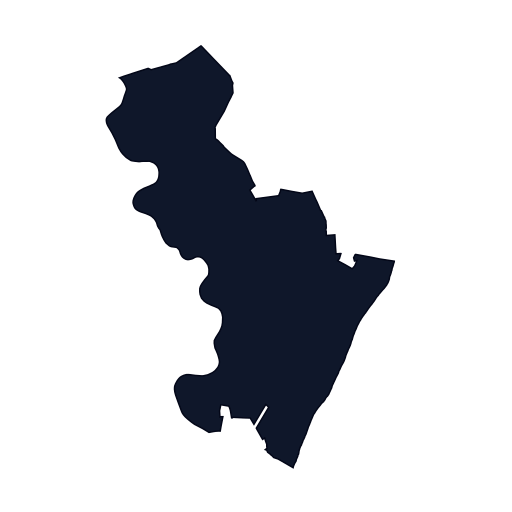 Vārves pag., Ventspils, Latvia (Albers equal-area conic projection), rotated 175°
{"feature_id": "27541924B8081849043776", "entity_name": "Vārves pag.", "entity_type": "district", "adm_level": 2, "iso_a3": "LVA", "parent_name": "Latvia", "parent_adm1": "Ventspils", "projection": "albers", "projection_center": [21.519, 57.283], "detail": "fine", "context": "isolated", "style": "filled", "palette": "ink", "viewbox_px": 512, "rotation_deg": 175, "n_neighbors": 0, "source": "geoboundaries", "source_scale": "gbopen_adm2", "svg_char_len": 6089}
<svg xmlns="http://www.w3.org/2000/svg" viewBox="0 0 512 512"><g transform="rotate(175 256 256)"><path d="M376.4,445.4L375.5,444.7L374.6,443.7L373.0,441.3L372.2,439.8L371.0,436.8L370.6,435.4L370.4,434.6L370.4,433.6L370.5,432.7L372.0,429.3L373.1,427.0L374.4,423.7L375.7,420.7L376.2,419.7L376.7,418.9L377.2,418.3L378.2,417.3L379.2,416.5L387.3,411.1L390.2,408.9L392.0,407.4L392.6,406.5L393.1,405.5L393.3,404.4L393.3,403.2L393.2,401.9L393.0,400.9L392.6,399.6L392.1,398.3L388.7,391.2L387.7,388.7L386.0,384.4L384.9,381.0L383.7,377.1L383.1,375.3L382.1,373.2L381.4,371.7L380.0,369.5L379.1,368.4L377.1,366.0L376.4,365.3L372.5,362.2L371.3,361.7L368.3,361.0L364.3,360.2L362.9,360.2L361.5,360.3L354.8,359.8L353.4,359.6L350.2,358.0L349.2,357.3L347.8,355.9L347.1,355.0L346.5,354.0L346.0,352.9L345.7,352.0L345.4,350.6L345.2,348.1L345.4,346.2L345.8,343.7L346.1,342.8L346.4,341.9L347.3,340.1L348.6,338.4L349.4,337.7L351.2,336.7L352.3,336.2L353.4,335.9L356.0,334.9L361.7,333.2L365.3,331.6L367.5,330.4L368.4,329.7L369.5,328.7L371.1,326.7L372.5,324.4L373.5,321.9L373.8,320.2L373.8,319.3L373.6,318.0L373.2,316.3L372.8,315.2L372.4,314.3L371.5,313.1L370.5,312.2L368.6,310.9L367.1,310.1L362.2,308.0L359.0,306.3L357.5,305.4L356.3,304.4L354.1,302.0L353.4,300.8L352.8,299.6L352.3,298.5L352.0,297.5L351.5,294.9L351.2,294.0L350.3,292.0L349.7,291.2L349.2,290.3L348.3,286.0L347.6,283.6L346.3,280.3L345.5,278.7L344.4,276.7L344.1,276.4L341.4,273.7L340.4,273.1L339.4,272.7L335.0,271.7L334.2,271.4L333.6,270.9L332.0,268.9L331.8,268.3L331.5,267.5L331.0,265.0L330.4,263.4L330.0,262.6L329.5,261.7L329.0,261.1L328.1,260.2L326.4,259.0L324.7,258.4L323.9,258.3L322.3,258.4L320.2,258.7L319.2,259.0L316.7,260.1L315.9,260.3L314.4,260.4L313.5,260.3L311.8,259.9L310.4,259.1L310.0,258.8L308.8,257.7L307.8,256.5L305.7,253.3L304.6,251.1L304.4,250.3L304.1,248.1L304.0,247.0L304.3,243.9L304.8,241.6L305.6,240.3L309.1,236.8L311.8,233.7L312.5,232.8L313.6,231.2L314.2,230.1L314.8,228.5L315.1,225.9L315.1,224.6L315.0,222.6L313.9,218.7L311.6,215.6L309.0,213.4L304.9,211.0L301.1,209.1L297.9,207.3L295.8,204.5L294.9,201.6L294.5,198.0L295.2,192.4L296.0,189.3L297.2,186.7L298.9,183.8L303.1,178.3L304.9,175.4L305.2,172.7L305.0,169.9L304.8,167.9L303.8,165.1L302.7,161.6L302.2,159.2L301.7,156.3L301.6,154.2L301.7,153.1L302.2,151.2L303.0,149.5L303.6,148.5L304.3,147.7L306.6,145.4L307.8,144.6L309.5,143.6L312.7,142.4L314.4,141.8L319.1,141.2L321.3,141.4L326.8,142.3L332.7,143.6L335.5,143.9L338.0,143.5L340.8,142.5L342.2,141.7L343.4,140.7L345.1,138.9L347.2,135.8L348.3,133.5L348.6,132.1L348.8,130.4L348.7,127.7L348.4,125.8L348.1,124.2L346.1,116.5L343.8,108.2L343.2,106.3L342.1,104.2L340.5,102.0L338.0,99.3L334.8,96.2L331.9,93.7L324.2,88.8L318.2,84.4L312.9,84.9L312.1,84.9L312.0,85.0L308.3,84.9L306.9,84.7L305.6,89.7L303.0,98.8L304.9,99.0L306.0,98.9L305.9,101.0L305.8,105.0L304.0,110.9L296.1,108.8L295.5,106.8L295.0,104.5L294.8,102.3L294.4,96.9L293.7,96.8L293.0,97.3L281.9,95.8L275.9,95.1L272.7,88.5L264.1,100.5L259.1,107.3L256.5,104.2L270.7,84.5L270.1,83.0L265.5,72.9L265.1,73.3L264.6,73.1L263.2,73.9L262.5,70.4L261.7,67.6L261.9,65.0L261.7,63.6L263.6,62.3L262.2,61.6L261.5,59.5L259.0,57.3L258.8,56.9L257.4,55.6L255.9,53.7L251.6,51.8L237.5,41.9L237.0,43.4L235.6,46.0L234.3,47.8L234.0,48.2L233.8,48.9L233.5,49.9L231.9,52.8L231.7,53.6L231.5,54.1L230.9,54.9L230.5,56.4L230.3,57.4L230.0,58.4L229.9,58.8L229.3,60.1L229.1,60.8L228.0,62.8L227.2,63.8L227.1,64.2L226.7,65.1L225.9,66.5L225.4,67.7L225.0,68.6L224.3,69.5L223.9,70.3L223.3,71.3L223.0,72.2L221.8,74.1L220.7,76.6L219.3,79.7L218.9,80.8L218.7,81.2L217.3,83.7L217.0,84.4L216.1,86.1L215.7,87.1L214.0,90.2L212.6,92.9L212.0,93.7L211.1,94.7L210.6,95.5L209.7,96.7L207.3,99.5L204.9,101.9L203.8,103.2L202.4,104.4L201.4,105.0L201.1,105.5L199.9,106.8L199.1,108.2L198.5,108.9L197.9,109.6L197.1,110.1L195.5,112.1L194.9,113.3L193.7,115.3L193.2,116.3L192.3,117.7L191.9,118.7L191.5,119.9L191.1,120.7L190.7,121.5L190.2,122.0L189.9,122.8L188.8,124.6L186.8,128.2L185.8,129.7L184.4,131.9L183.9,132.9L183.9,133.2L183.2,134.6L182.5,135.5L181.3,137.7L180.7,138.8L179.7,140.3L178.5,142.0L177.4,143.8L175.8,147.2L175.4,148.5L175.0,149.4L173.4,152.5L172.9,153.3L172.1,155.1L171.2,156.5L169.9,158.8L169.1,160.7L168.7,162.0L168.0,163.5L167.4,164.5L167.0,165.7L166.4,167.3L165.9,168.5L165.2,169.7L163.9,172.6L162.8,174.4L161.2,177.6L159.5,180.2L158.7,181.6L158.2,182.2L157.3,183.3L156.7,184.3L154.6,186.9L154.1,187.4L152.8,189.0L151.7,190.0L151.4,190.5L150.2,191.9L148.5,194.0L147.8,194.8L146.1,196.7L145.0,197.7L144.2,198.7L142.2,200.9L140.0,203.8L138.9,205.1L137.7,206.1L136.9,207.2L136.0,208.0L132.8,211.2L131.3,212.5L130.1,213.8L128.3,215.8L128.2,216.1L127.2,217.4L126.4,218.8L125.5,220.7L125.2,221.5L124.9,223.0L124.5,224.1L123.7,225.6L122.9,227.5L122.5,228.8L121.9,230.0L121.7,230.8L121.5,231.7L120.5,233.8L119.5,236.6L119.1,237.4L118.8,238.2L118.7,238.8L133.2,242.3L141.9,244.9L156.6,248.9L157.1,248.7L158.9,245.8L158.5,243.4L158.3,242.4L155.8,242.7L158.6,237.4L161.3,234.9L167.9,239.5L175.1,244.2L173.8,245.4L173.1,246.2L171.2,251.0L171.6,251.1L176.1,251.2L176.0,257.7L175.6,270.2L184.2,270.3L183.9,274.2L184.1,275.1L184.1,277.1L183.6,277.6L183.4,281.1L183.5,281.2L183.3,284.8L184.1,287.1L184.4,288.7L184.7,288.8L187.0,295.4L187.7,295.8L190.5,304.4L191.7,307.5L194.5,315.6L204.5,314.5L214.7,317.2L224.8,320.1L225.5,320.2L225.8,319.4L226.0,318.5L226.2,318.0L228.2,314.1L243.6,313.4L250.7,313.1L250.9,310.3L253.9,316.9L256.4,322.2L251.9,325.5L250.9,326.0L251.0,326.6L253.1,331.0L254.9,336.9L255.1,337.2L257.0,343.2L259.2,349.1L260.3,350.9L262.0,352.5L270.1,358.5L271.6,359.7L273.0,361.2L277.8,366.6L278.7,367.8L279.1,368.7L282.5,372.6L283.1,373.5L284.5,375.0L286.3,376.4L285.6,385.4L285.5,386.4L285.8,387.4L284.3,390.1L275.1,402.9L271.2,409.8L270.0,411.9L266.9,416.7L266.8,417.1L266.5,417.5L264.7,420.5L264.6,428.0L263.9,430.3L264.8,432.4L265.6,435.2L266.4,438.1L267.0,438.4L267.2,438.8L267.4,439.1L281.9,457.0L292.3,470.0L292.5,470.1L318.5,455.3L323.7,454.6L323.9,454.7L326.3,454.0L344.2,450.7L347.1,452.3L356.8,450.1L363.4,448.6L365.3,448.1L371.9,446.6L376.4,445.4Z" fill="#0f172a" stroke="#020617" stroke-width="1.5"/></g></svg>